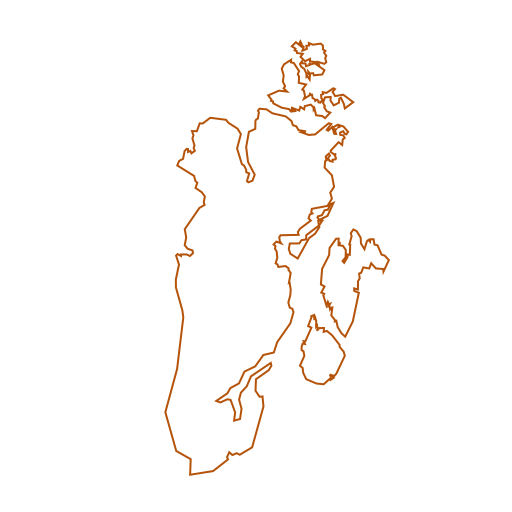 outline of Kvinnherad nor, Hordaland, Norway, rotated 157°
{"feature_id": "86288312B18833292732183", "entity_name": "Kvinnherad nor", "entity_type": "district", "adm_level": 2, "iso_a3": "NOR", "parent_name": "Norway", "parent_adm1": "Hordaland", "projection": "orthographic", "projection_center": [5.871, 59.959], "detail": "fine", "context": "isolated", "style": "outline", "palette": "amber", "viewbox_px": 512, "rotation_deg": 157, "n_neighbors": 0, "source": "geoboundaries", "source_scale": "gbopen_adm2", "svg_char_len": 6150}
<svg xmlns="http://www.w3.org/2000/svg" viewBox="0 0 512 512"><g transform="rotate(157 256 256)"><path d="M402.1,80.4L379.5,74.8L361.2,79.7L361.3,82.1L357.3,85.8L355.5,82.0L350.8,82.0L348.6,79.4L334.3,81.4L307.9,114.6L304.9,124.2L307.7,125.0L309.1,132.1L304.2,142.6L288.9,145.9L284.7,149.0L284.2,151.8L307.6,147.2L315.5,139.6L323.3,136.1L327.7,130.4L329.0,121.0L334.4,112.2L340.5,113.0L336.3,120.2L335.6,133.4L338.3,135.3L346.0,135.1L349.2,138.1L335.9,140.8L331.3,144.4L321.4,145.4L311.8,154.1L299.8,154.7L287.9,162.0L277.3,160.2L270.2,168.4L250.7,180.6L243.4,189.7L243.2,193.2L245.1,195.3L244.4,200.6L239.8,206.4L237.1,211.7L235.5,218.4L236.2,218.4L230.7,226.8L231.5,230.6L230.8,231.9L232.7,235.2L239.7,237.2L239.5,239.8L240.8,241.6L237.1,246.0L235.2,252.0L235.7,255.3L234.2,257.5L235.3,259.7L231.6,261.3L227.9,257.8L228.4,259.9L227.2,264.3L225.3,265.5L208.5,258.8L208.1,261.7L205.0,263.9L191.7,267.2L192.9,270.2L190.2,273.2L187.4,273.1L188.0,274.8L186.2,277.6L170.7,274.2L163.7,279.1L162.9,285.3L157.1,289.2L154.6,300.6L158.3,310.6L155.3,316.3L152.1,316.8L153.5,318.0L152.9,320.4L148.9,321.8L148.7,319.5L151.6,317.9L151.1,314.7L148.6,312.9L147.9,314.7L145.0,313.9L144.1,314.9L144.2,318.3L142.4,318.6L144.6,319.2L146.5,322.6L146.1,323.8L135.5,328.5L133.3,324.5L130.6,329.4L128.2,330.0L128.5,332.9L131.1,334.6L130.4,336.7L126.9,336.8L126.6,333.8L125.3,332.7L122.7,334.3L124.9,341.0L128.2,343.9L128.7,342.1L129.9,342.3L128.8,343.2L129.4,344.9L134.6,344.3L135.0,342.1L132.8,341.4L134.3,340.4L134.6,337.0L136.2,337.8L135.4,345.0L140.6,343.1L141.6,344.5L135.2,348.1L137.1,349.8L154.1,344.8L160.1,346.8L165.9,352.1L161.3,351.2L167.7,355.3L168.2,359.6L170.9,362.0L170.6,366.4L174.1,372.9L185.2,381.0L189.0,386.9L195.3,390.2L197.4,388.9L197.2,387.1L200.6,381.8L202.6,381.5L203.8,380.5L207.0,373.3L214.0,373.1L222.5,360.1L226.6,345.6L225.4,331.4L229.8,326.7L234.2,326.8L235.1,328.4L230.0,334.7L232.2,336.9L231.3,339.4L231.7,344.0L233.1,346.1L231.4,362.4L222.3,374.1L223.2,380.4L229.3,389.3L230.4,393.1L244.1,401.1L253.3,398.8L256.0,400.1L261.7,394.0L266.1,396.0L266.4,391.5L268.6,389.1L269.4,381.9L271.2,379.7L271.2,376.7L275.3,375.7L275.3,378.3L277.9,378.3L276.8,381.1L278.0,381.7L280.7,380.5L285.2,373.9L289.5,373.6L293.1,370.1L281.7,353.9L282.5,348.9L281.4,346.3L285.1,342.3L281.0,335.9L279.8,330.8L283.1,325.9L283.4,323.1L289.2,322.4L311.1,308.5L313.0,300.3L317.4,293.8L316.1,289.4L312.3,286.0L312.8,283.3L316.8,281.8L319.2,284.5L324.4,286.7L325.0,285.3L327.4,288.4L329.4,287.6L330.2,278.3L339.0,265.6L342.0,258.3L345.0,234.9L346.9,227.9L372.8,182.8L400.5,147.6L405.6,107.7L395.5,94.5L402.1,80.4ZM192.5,157.9L175.7,182.0L179.2,185.4L178.3,187.8L175.3,185.3L172.0,192.8L169.3,194.9L167.9,199.6L165.8,199.4L161.7,203.6L156.6,200.3L152.8,204.3L150.5,197.7L144.0,194.3L144.8,191.8L135.3,200.3L137.4,206.1L139.9,208.2L139.9,218.3L142.5,220.3L141.2,225.4L144.2,226.8L145.4,224.6L146.2,226.9L148.1,226.3L153.5,219.9L154.5,226.4L152.5,232.0L153.6,239.5L156.0,242.4L159.9,239.9L160.2,236.9L165.6,230.2L164.8,229.7L169.2,220.4L171.2,221.7L172.2,219.2L177.5,215.3L178.3,217.5L174.0,219.8L171.0,226.4L172.0,231.4L175.2,233.3L173.2,235.8L175.3,234.9L173.1,239.7L175.5,240.6L185.2,234.6L188.3,228.3L200.2,218.3L207.4,204.4L204.8,201.2L210.2,196.8L208.0,194.6L209.4,193.6L210.5,182.8L207.8,185.7L207.9,183.2L206.5,183.1L209.0,181.3L208.0,181.0L208.7,177.9L206.9,179.0L205.8,178.8L209.9,171.9L208.4,166.3L209.0,165.0L207.4,165.0L208.6,158.5L207.5,151.4L205.4,146.9L192.5,157.9ZM235.8,112.8L232.2,113.5L234.5,116.9L233.9,117.6L230.8,115.0L228.1,116.2L213.2,129.5L212.7,133.7L214.5,139.6L213.8,141.4L216.9,153.2L220.1,159.4L223.3,159.7L221.6,163.2L225.9,164.9L229.1,163.4L227.2,165.8L227.6,168.1L226.9,168.3L226.6,169.2L226.8,169.3L227.1,168.6L227.3,168.6L227.7,167.9L228.2,167.6L226.0,172.6L225.6,175.9L227.3,174.3L225.6,179.0L229.5,179.0L228.3,178.5L235.4,171.1L233.0,168.4L244.0,158.1L245.4,159.0L245.4,155.9L247.2,157.2L249.4,154.7L250.8,151.5L249.5,149.8L250.5,145.2L258.4,137.8L256.8,134.6L258.2,130.1L257.9,123.0L250.2,115.0L243.8,111.5L235.4,114.4L235.8,112.8ZM116.6,357.1L106.4,359.6L112.7,370.4L120.7,372.3L121.4,377.1L118.1,378.8L119.3,380.2L127.4,378.6L130.5,380.7L130.9,378.9L133.1,378.9L134.2,375.8L133.6,373.9L136.9,372.0L138.5,373.1L137.9,374.4L138.7,376.0L140.9,375.6L140.6,377.3L142.2,379.3L141.4,382.6L143.2,383.0L142.4,385.0L144.2,382.9L150.5,381.9L148.4,384.0L147.3,389.7L148.4,391.1L142.9,394.3L149.0,398.7L146.2,404.4L146.6,406.9L144.1,409.4L145.8,418.9L148.2,420.6L147.0,422.9L155.3,421.5L159.1,418.4L160.0,411.3L163.1,406.1L162.9,400.8L165.1,399.6L163.2,395.2L170.2,399.2L182.0,399.1L180.7,393.8L181.6,392.9L179.9,391.6L180.5,389.8L174.3,382.4L168.2,378.3L167.4,375.3L163.4,374.1L163.8,376.1L166.0,376.7L165.0,378.4L159.4,373.0L156.9,376.0L154.4,372.2L152.5,374.9L146.4,373.9L145.0,370.4L145.7,368.4L144.5,369.3L145.7,362.1L140.3,358.9L138.6,355.9L131.6,359.0L134.3,361.5L135.1,366.3L134.0,367.1L134.5,370.8L130.5,375.1L125.1,373.2L126.7,370.0L125.6,364.3L119.7,364.7L117.9,368.2L116.0,368.5L115.7,361.7L116.6,357.1ZM118.0,406.2L115.6,406.9L115.0,411.1L113.1,412.8L113.9,416.8L112.0,417.6L113.6,420.0L112.2,423.7L113.4,426.2L121.1,428.3L124.1,431.4L124.8,429.0L127.5,429.8L128.2,426.8L133.0,426.9L130.4,429.8L131.9,433.0L131.2,433.2L131.3,436.2L133.0,434.8L131.8,429.9L135.8,437.2L141.1,435.0L138.6,431.4L140.1,430.2L138.4,428.7L139.0,426.9L134.0,423.8L137.2,421.9L134.8,416.2L129.2,416.3L130.3,414.0L125.2,411.2L123.3,408.1L123.1,410.4L118.0,406.2ZM218.6,237.4L200.2,251.7L193.0,253.4L186.3,257.9L186.8,259.3L201.6,255.5L203.4,251.7L207.9,252.8L211.3,250.7L220.0,254.3L223.1,249.6L223.5,244.6L218.6,237.4ZM124.1,397.2L120.4,400.3L126.6,410.4L131.1,411.1L131.5,412.9L131.8,410.9L135.8,411.2L135.2,413.8L138.0,415.3L137.7,417.2L140.5,415.6L140.4,412.6L138.5,409.5L138.3,404.3L139.5,401.2L138.4,401.6L137.7,397.5L135.5,401.7L137.3,404.7L136.2,403.6L135.8,405.3L135.1,403.2L136.0,403.1L132.0,402.0L132.1,399.7L124.1,397.2ZM186.2,259.3L180.9,262.8L182.7,264.5L174.5,265.0L164.0,274.6L167.1,274.6L171.9,270.5L175.0,271.3L179.3,267.8L183.6,268.3L184.4,267.4L183.0,263.4L185.0,264.1L186.2,259.3Z" fill="none" stroke="#b45309" stroke-width="2"/></g></svg>